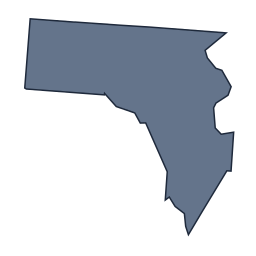 the district of Fannin, Georgia, United States of America, rotated 4°
{"feature_id": "52423323B87929683261125", "entity_name": "Fannin", "entity_type": "district", "adm_level": 2, "iso_a3": "USA", "parent_name": "United States of America", "parent_adm1": "Georgia", "projection": "equal_earth", "projection_center": [-84.277, 34.796], "detail": "fine", "context": "isolated", "style": "filled", "palette": "slate", "viewbox_px": 256, "rotation_deg": 4, "n_neighbors": 0, "source": "geoboundaries", "source_scale": "gbopen_adm2", "svg_char_len": 588}
<svg xmlns="http://www.w3.org/2000/svg" viewBox="0 0 256 256"><g transform="rotate(4 128 128)"><path d="M22.8,25.9L22.2,95.3L23.9,96.2L102.1,96.6L102.2,95.1L114.8,107.4L133.7,112.5L139.9,122.2L145.3,121.7L170.2,168.9L170.2,197.3L174.0,194.0L180.5,203.0L190.2,209.4L192.4,222.1L195.7,230.2L207.9,206.0L229.6,163.8L233.8,163.8L233.7,124.8L221.4,127.7L215.0,121.9L212.0,101.9L214.0,97.0L225.5,88.3L228.0,79.6L217.6,63.9L211.4,62.3L202.3,52.6L199.5,45.1L219.2,26.3L142.4,25.8L113.6,26.0L113.3,26.0L67.7,26.0L67.4,26.1L22.8,25.9Z" fill="#64748b" stroke="#1e293b" stroke-width="1.5"/></g></svg>